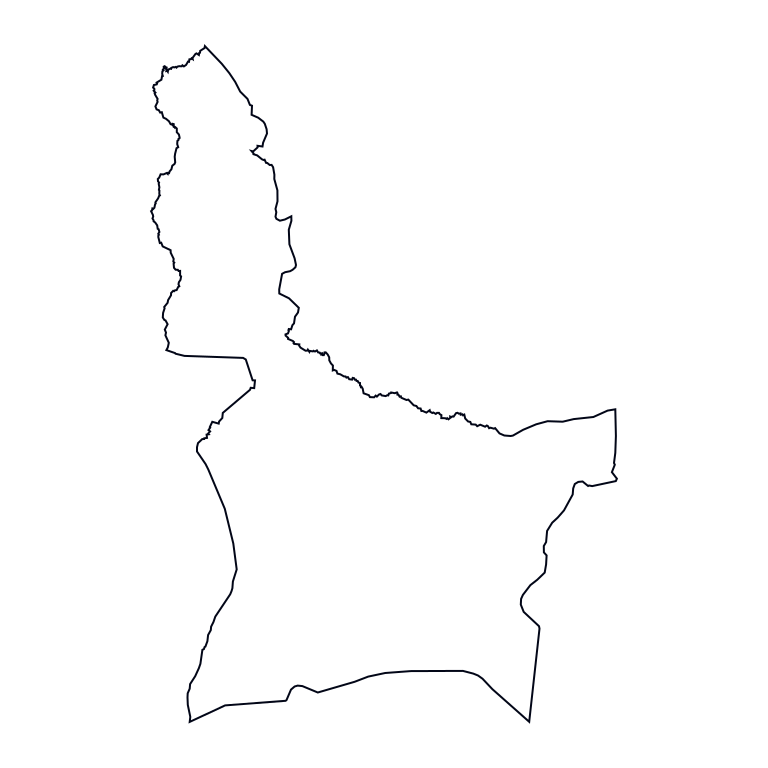 Huai Mek, Kalasin, Thailand
{"feature_id": "78962969B62836080496995", "entity_name": "Huai Mek", "entity_type": "district", "adm_level": 2, "iso_a3": "THA", "parent_name": "Thailand", "parent_adm1": "Kalasin", "projection": "natural_earth1", "projection_center": [103.224, 16.629], "detail": "fine", "context": "isolated", "style": "outline", "palette": "ink", "viewbox_px": 768, "rotation_deg": 0, "n_neighbors": 0, "source": "geoboundaries", "source_scale": "gbopen_adm2", "svg_char_len": 6062}
<svg xmlns="http://www.w3.org/2000/svg" viewBox="0 0 768 768"><path d="M189.7,721.9L225.1,705.4L285.6,700.8L286.5,700.1L291.0,689.6L294.6,686.5L297.7,685.6L302.4,686.1L317.8,692.5L354.6,681.8L368.2,676.6L385.2,673.0L410.7,671.1L462.9,670.9L473.3,673.6L478.0,675.5L482.5,678.7L492.4,689.2L529.2,721.8L539.5,628.6L539.0,626.2L523.7,611.9L520.8,604.6L521.1,598.9L522.9,594.9L530.4,585.1L537.2,579.8L544.7,572.6L546.1,564.4L546.6,555.4L543.9,552.4L543.8,546.0L546.1,542.1L547.1,530.9L552.2,522.7L557.7,517.6L564.0,510.4L572.7,494.5L573.2,488.4L574.8,484.0L578.3,481.9L582.6,481.5L588.1,486.0L589.0,485.5L592.2,486.1L615.8,481.1L616.9,478.7L611.9,472.2L614.8,464.7L614.0,463.0L615.3,452.9L615.9,436.0L615.3,409.3L607.6,410.6L593.4,417.0L573.7,419.1L562.7,421.7L547.6,421.2L536.2,424.3L523.1,429.8L512.9,435.6L510.6,436.0L504.3,435.5L499.5,433.4L495.1,428.1L494.0,428.7L490.5,427.7L489.1,428.2L487.9,426.1L486.8,425.5L485.1,426.7L480.2,424.7L477.2,426.2L475.7,424.6L471.3,424.3L470.3,421.9L468.1,421.5L465.2,418.5L464.3,414.6L463.0,415.3L462.4,414.3L460.7,414.7L460.5,413.4L458.9,413.7L457.5,412.8L456.1,413.1L453.6,416.6L452.4,416.4L451.3,417.2L450.2,416.6L450.2,417.9L448.5,419.3L447.2,418.2L446.6,418.9L445.1,418.2L441.3,418.1L441.4,415.1L439.7,414.1L439.0,412.9L437.0,412.9L435.8,413.9L433.3,412.5L432.3,413.0L430.1,411.7L429.7,410.2L426.4,412.6L422.5,410.9L421.4,411.0L420.6,408.5L418.1,408.3L416.4,406.0L413.7,405.3L408.3,399.6L406.5,400.0L401.4,397.8L400.8,396.3L399.6,396.7L398.6,394.9L397.4,394.6L397.6,393.3L397.0,392.4L394.8,393.2L391.2,392.5L391.1,393.0L388.9,393.6L388.3,395.4L387.3,395.2L385.7,396.1L381.7,395.4L380.5,394.0L379.0,394.5L376.9,396.6L375.7,395.6L374.1,397.3L369.9,397.1L368.9,395.2L363.6,393.3L362.7,388.7L361.7,387.0L360.9,387.2L360.7,385.7L360.0,385.4L360.0,383.0L358.5,382.6L357.7,381.0L356.5,380.9L356.0,379.7L354.8,379.7L354.1,378.2L352.7,377.9L352.1,379.6L349.2,379.2L347.9,377.1L346.4,377.6L345.6,376.5L343.9,376.4L340.3,374.3L337.4,373.6L336.5,370.9L334.1,369.9L332.8,370.4L332.9,365.5L331.0,363.5L329.3,360.4L329.2,357.3L327.7,354.5L325.8,352.4L325.0,352.3L323.8,355.1L322.5,355.1L322.0,354.7L322.2,353.6L321.2,354.3L321.0,353.3L320.0,353.3L319.7,352.6L318.1,352.4L316.9,350.4L315.0,351.5L313.5,350.8L312.9,351.4L309.8,350.9L309.4,351.9L307.9,349.7L307.5,350.6L305.5,350.7L300.5,347.6L299.1,345.5L299.3,344.4L294.1,343.9L293.5,343.1L294.0,342.1L292.9,341.0L288.0,338.9L288.1,337.8L285.6,335.6L285.5,334.4L288.0,333.4L288.9,330.9L288.4,330.2L288.8,329.0L291.1,329.3L292.4,325.2L294.0,323.4L295.0,316.7L298.0,312.5L298.8,307.8L289.0,298.3L279.3,293.5L279.2,289.4L282.1,273.8L285.1,272.2L290.1,271.2L292.6,269.8L295.4,267.3L296.0,265.0L294.6,258.3L289.4,244.3L288.8,229.7L291.4,220.8L291.3,216.3L284.9,219.5L279.9,220.7L276.4,218.8L275.5,216.7L276.3,212.2L275.5,208.9L277.5,201.3L277.4,190.3L274.3,179.0L274.4,174.7L273.1,167.2L271.6,164.9L269.7,165.0L267.3,163.0L266.1,162.9L264.6,159.7L263.7,160.0L262.1,159.4L257.2,155.4L253.5,154.2L253.6,153.5L251.5,151.0L253.2,151.4L257.6,147.4L257.5,145.8L262.5,146.5L263.1,142.7L267.0,133.5L266.6,129.2L264.8,123.8L263.3,121.6L258.2,117.7L251.6,114.8L252.0,105.7L249.9,104.9L247.5,98.9L240.2,91.6L235.2,81.9L229.3,73.1L221.8,63.8L204.9,46.1L204.5,48.1L200.2,50.8L200.0,52.7L199.2,53.0L198.9,55.0L196.5,53.4L195.5,53.9L192.5,58.0L192.7,59.1L191.6,58.3L191.1,59.1L189.4,59.3L189.0,61.8L188.0,61.6L186.1,64.9L183.9,66.4L182.4,65.3L181.7,66.3L179.1,66.2L177.4,66.6L176.5,67.6L175.7,66.9L174.3,67.4L173.1,67.1L171.3,67.9L171.1,68.8L170.4,68.6L168.5,69.6L168.3,68.6L167.8,71.7L167.2,70.8L166.4,71.0L166.7,69.9L165.9,68.9L166.3,68.0L165.2,68.2L165.6,66.9L164.6,66.2L163.7,66.7L163.9,68.5L162.9,69.6L163.5,70.4L162.4,71.3L162.2,73.9L162.8,75.9L162.1,76.0L161.4,79.7L156.6,82.6L157.1,83.5L156.7,84.4L153.9,85.0L153.1,87.6L154.3,88.7L154.4,90.0L153.7,90.7L155.4,92.6L154.6,93.2L155.2,94.9L157.6,98.9L157.2,100.5L157.6,101.9L155.4,106.4L156.6,109.4L158.8,110.2L160.2,112.6L161.8,112.2L163.4,117.6L166.0,118.8L169.0,121.3L170.6,124.2L171.7,124.3L172.7,125.3L173.1,125.0L172.9,123.9L173.7,124.1L173.8,126.9L174.6,126.9L175.0,127.7L175.5,127.3L176.8,128.5L176.8,132.2L178.9,134.5L179.6,137.5L179.5,138.3L178.5,138.9L178.4,140.1L177.4,140.9L177.2,144.1L178.2,147.2L176.5,148.2L175.1,153.8L174.7,156.7L175.2,162.4L174.5,164.0L172.3,165.7L171.4,169.3L169.6,171.4L169.1,173.1L168.1,172.9L167.8,174.0L166.7,173.0L163.5,174.4L160.6,174.3L159.2,177.6L157.8,179.0L158.0,181.3L159.1,182.6L158.7,183.8L159.4,187.3L158.9,189.9L159.4,190.5L159.3,194.0L159.9,195.4L159.2,195.7L158.1,198.4L155.4,202.3L155.7,203.5L155.1,204.2L154.4,207.7L153.2,209.0L152.4,208.5L151.9,210.6L151.1,211.2L152.9,214.9L153.2,216.5L152.5,218.5L153.6,220.3L153.6,221.3L155.2,222.5L157.2,225.4L157.7,228.8L158.6,229.2L159.4,232.0L158.3,233.7L158.9,234.8L158.4,235.2L158.3,237.0L159.8,243.0L161.2,242.7L162.7,246.4L170.6,250.2L170.7,252.7L173.7,258.9L173.3,261.6L174.3,262.6L173.6,263.7L174.0,267.8L175.6,269.7L177.8,269.8L178.6,271.0L180.1,270.9L180.1,275.5L181.1,276.4L180.5,279.8L178.9,282.2L178.5,284.2L179.3,286.3L178.2,286.9L176.6,290.1L175.0,290.3L174.1,291.2L173.2,290.8L171.1,293.0L171.0,295.3L168.1,300.1L167.6,302.8L164.2,307.0L164.6,308.3L163.1,312.9L162.8,317.5L164.4,320.0L165.5,320.4L167.6,324.2L164.8,329.6L166.0,332.6L165.4,335.3L168.8,342.8L167.8,347.4L166.4,350.1L175.1,353.1L175.5,353.7L184.5,355.9L243.1,357.9L245.8,359.5L252.6,380.3L255.0,380.4L254.2,388.1L250.7,387.8L250.0,389.8L222.8,412.9L222.3,418.0L219.1,421.5L218.7,423.6L212.3,421.8L209.8,427.1L210.2,427.6L208.5,430.1L210.1,431.4L208.0,433.7L208.6,434.3L206.6,434.6L207.0,437.9L204.2,438.3L204.1,439.0L202.2,439.1L201.3,440.0L198.0,443.1L197.0,447.2L197.0,451.5L205.6,464.1L208.3,469.5L224.8,508.8L233.3,543.5L236.7,569.4L232.9,581.5L232.4,588.2L231.5,591.2L230.2,594.3L215.3,616.6L213.5,621.9L211.1,626.7L210.8,630.1L208.1,635.0L207.4,641.2L205.4,646.6L204.6,647.0L203.9,649.1L202.4,649.8L200.4,663.8L198.9,668.1L195.2,676.2L190.1,684.1L189.7,688.7L187.7,693.3L187.5,697.5L187.8,704.9L190.3,716.9L189.7,721.9Z" fill="none" stroke="#020617" stroke-width="2"/></svg>